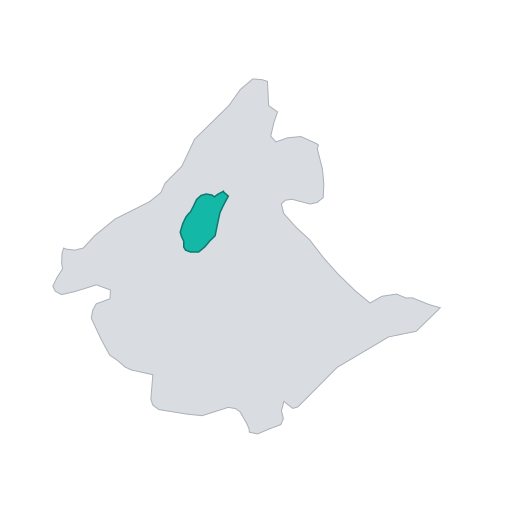 location of Mojkovac within Montenegro, rotated 283°
{"feature_id": "MNE-1513", "entity_name": "Mojkovac", "entity_type": "Municipality", "adm_level": 1, "iso_a3": "MNE", "parent_name": "Montenegro", "parent_adm1": "", "projection": "natural_earth1", "projection_center": [19.506, 42.966], "detail": "fine", "context": "in_parent", "style": "filled", "palette": "teal", "viewbox_px": 512, "rotation_deg": 283, "n_neighbors": 0, "source": "natural_earth", "source_scale": "10m", "svg_char_len": 1708}
<svg xmlns="http://www.w3.org/2000/svg" viewBox="0 0 512 512"><g transform="rotate(283 256 256)"><path d="M220.5,66.8L220.0,69.6L220.9,77.9L224.9,85.9L239.3,94.1L260.3,110.3L285.0,140.1L296.4,149.0L306.6,151.1L326.6,163.5L340.5,166.5L356.0,169.9L396.6,195.8L414.8,203.3L427.8,213.0L429.2,222.2L428.7,227.9L405.3,234.5L401.2,244.6L389.9,243.4L376.1,243.4L371.7,249.8L378.3,260.3L382.5,272.8L379.1,289.8L378.0,292.0L374.7,291.4L355.4,301.3L341.0,306.0L328.0,308.3L321.9,303.5L318.8,297.1L319.4,278.4L317.0,272.1L312.6,269.0L303.7,273.4L293.4,287.9L283.8,304.7L269.4,322.2L257.5,339.0L244.6,360.2L235.8,377.7L245.0,387.6L250.5,401.4L248.8,411.7L250.4,417.7L247.6,435.8L247.0,447.2L218.7,429.0L207.0,403.4L165.7,360.1L118.3,330.7L115.8,326.1L118.4,320.4L120.7,315.9L110.8,315.6L103.9,319.2L97.4,318.2L90.0,307.2L83.0,297.6L82.8,289.2L86.0,288.1L90.7,284.7L100.7,275.4L102.7,270.5L102.3,263.0L88.3,239.5L86.4,224.2L84.5,195.8L87.5,189.0L92.6,185.8L117.1,182.2L116.9,160.1L118.3,153.5L123.2,144.3L126.4,135.9L140.0,123.8L158.4,109.5L166.5,109.1L173.5,111.1L181.5,123.4L190.1,121.8L192.0,107.0L180.7,87.6L174.6,75.2L176.5,68.4L180.8,64.8L190.5,67.0L199.9,70.4L205.8,68.1L215.1,66.4L220.5,66.8Z" fill="#d9dde1" stroke="#a8b0b8" stroke-width="1"/><path d="M245.2,190.8L245.9,186.0L248.4,183.6L254.1,182.3L258.3,179.0L259.6,178.2L262.2,176.8L268.4,177.2L271.4,177.4L278.3,179.0L282.5,181.0L283.8,182.1L289.5,183.6L297.7,185.4L302.6,188.8L305.2,193.4L305.5,199.2L304.3,202.2L307.5,204.8L311.7,209.7L311.1,209.9L308.1,215.6L301.4,213.7L296.5,212.5L289.9,211.1L277.7,211.3L266.5,211.6L260.5,207.7L252.9,203.8L252.6,203.5L247.0,199.2L245.2,191.4L245.2,190.8Z" fill="#14b8a6" stroke="#0f766e" stroke-width="1.5"/></g></svg>